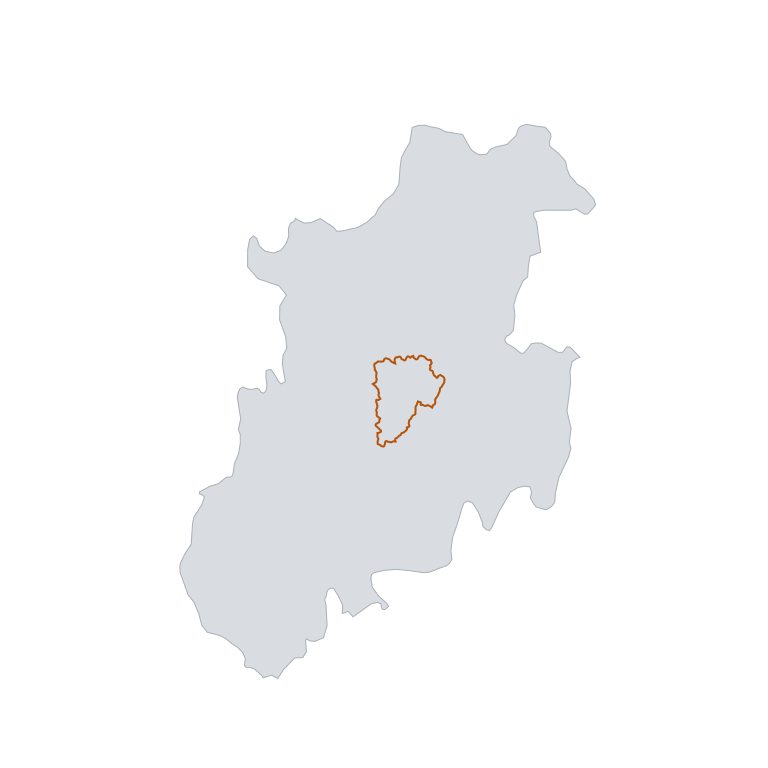 location of Šumadijski within Republic of Serbia, rotated 244°
{"feature_id": "SRB-839", "entity_name": "Šumadijski", "entity_type": "District", "adm_level": 1, "iso_a3": "SRB", "parent_name": "Republic of Serbia", "parent_adm1": "", "projection": "equal_earth", "projection_center": [20.746, 44.097], "detail": "fine", "context": "in_parent", "style": "outline", "palette": "amber", "viewbox_px": 768, "rotation_deg": 244, "n_neighbors": 0, "source": "natural_earth", "source_scale": "10m", "svg_char_len": 9264}
<svg xmlns="http://www.w3.org/2000/svg" viewBox="0 0 768 768"><g transform="rotate(244 384 384)"><path d="M429.5,296.4L446.6,301.4L454.4,306.1L458.6,312.2L469.5,316.3L487.4,318.3L499.8,324.6L506.8,335.3L518.2,332.7L533.8,316.9L549.2,312.8L564.5,320.4L572.9,326.6L574.4,331.4L570.8,333.4L562.3,332.5L555.4,335.5L550.0,342.4L549.3,349.9L553.2,357.7L558.6,363.2L565.6,366.2L569.4,370.3L569.9,375.5L571.8,377.0L567.8,379.4L563.5,383.0L561.1,389.2L560.6,399.3L547.1,407.2L542.0,408.6L539.8,413.8L536.3,428.6L536.9,439.8L538.8,445.4L539.6,450.1L544.1,455.7L548.2,464.5L550.9,476.0L556.9,484.9L572.1,493.7L579.7,498.8L585.3,506.2L589.6,512.9L602.2,521.8L601.3,528.2L598.6,534.4L595.8,537.3L589.7,545.4L583.7,549.9L573.8,564.0L558.0,564.8L554.3,565.9L548.4,569.8L545.5,576.9L548.3,582.6L548.1,588.3L545.4,599.5L549.3,611.5L554.9,617.0L555.8,620.1L554.9,625.8L546.7,637.2L544.2,641.4L535.9,643.5L533.0,642.4L528.7,638.5L524.7,637.3L514.7,642.0L504.6,644.8L496.7,642.7L488.8,642.4L483.3,644.3L479.2,645.0L471.2,650.0L458.3,653.6L452.3,652.8L450.0,648.1L447.6,641.5L448.8,638.5L457.3,633.2L458.2,628.2L470.0,604.2L472.3,596.4L472.4,593.8L469.3,592.1L462.7,592.2L433.7,582.5L434.9,571.3L426.4,565.3L417.2,560.0L415.7,554.0L405.5,541.9L398.0,535.2L388.5,531.8L380.3,526.8L375.4,523.8L373.2,518.2L373.2,514.9L370.7,511.7L366.7,512.0L360.1,516.5L351.8,520.3L350.4,523.1L353.4,529.8L355.5,534.0L354.5,538.0L351.9,543.1L336.0,554.4L334.2,558.4L337.3,564.7L335.3,567.6L322.1,571.8L322.4,568.4L321.6,562.8L314.0,556.9L303.3,552.3L279.5,536.6L270.4,534.5L262.2,532.7L250.5,525.1L244.5,523.8L237.9,518.4L223.4,500.3L211.1,490.5L202.7,485.5L200.4,480.7L199.9,475.7L200.2,474.0L206.7,466.9L211.6,465.9L217.9,465.7L222.0,469.3L227.5,470.0L230.6,465.4L232.2,458.9L231.6,450.5L218.6,431.0L207.4,417.4L206.1,414.4L208.5,411.9L212.5,410.5L216.7,411.7L227.7,412.7L238.3,411.4L242.0,408.1L242.0,403.7L238.1,399.5L225.9,388.4L216.3,378.6L205.0,371.1L196.6,368.1L194.2,364.3L193.2,360.2L194.2,352.7L194.8,343.2L196.8,337.3L204.5,326.0L211.8,314.1L216.4,302.6L218.8,292.0L218.0,289.0L214.2,286.7L206.3,284.4L195.2,286.4L185.8,290.3L182.1,290.6L180.9,285.8L182.4,283.7L185.4,284.0L187.8,284.9L190.4,282.7L192.0,276.3L188.3,254.1L195.3,252.1L195.5,248.8L196.1,246.0L203.3,249.9L213.5,250.0L222.4,249.2L223.8,247.0L223.7,243.8L221.9,241.4L218.8,239.3L216.5,236.3L210.5,234.9L191.7,226.9L182.5,218.4L182.9,209.4L185.7,204.5L188.9,202.8L188.0,201.1L177.4,196.9L173.7,191.1L176.9,183.7L171.5,168.7L165.8,159.4L171.6,155.4L172.4,149.7L172.9,146.4L175.2,146.5L184.4,142.7L187.8,139.6L189.8,135.9L192.0,135.0L198.1,139.0L204.6,139.3L211.8,136.8L217.3,133.4L223.9,130.5L226.8,128.5L230.6,125.5L238.3,116.3L247.0,114.4L258.5,116.8L271.0,117.6L280.3,115.5L304.0,118.1L309.1,120.3L312.4,122.6L318.5,130.4L324.5,140.5L332.8,145.2L342.6,150.8L347.7,154.8L355.1,167.0L361.1,173.0L363.0,172.7L365.0,171.1L366.4,169.9L367.9,171.0L368.0,174.7L368.4,182.9L367.0,191.6L369.1,199.9L369.1,202.4L367.7,204.8L367.8,206.9L369.9,209.2L378.0,214.6L385.4,223.1L394.0,229.0L402.0,232.8L407.0,233.1L415.3,239.9L431.6,244.8L436.8,246.5L440.4,249.3L443.0,252.6L443.1,256.1L440.6,257.8L437.2,262.5L435.7,268.2L433.1,269.7L430.5,269.8L428.6,271.5L429.1,274.0L431.2,276.3L434.6,278.5L441.2,280.6L447.6,283.8L447.5,286.3L446.2,289.0L438.1,290.0L432.0,290.4L429.2,291.6L429.5,296.4Z" fill="#d9dde1" stroke="#a8b0b8" stroke-width="1"/><path d="M362.7,440.6L361.9,440.5L361.4,440.4L361.1,440.2L360.5,439.7L360.2,439.5L359.4,439.1L359.0,438.8L358.8,438.6L358.5,438.0L357.5,436.5L357.1,435.7L356.7,435.3L356.2,434.7L356.0,434.3L356.0,434.0L356.0,433.4L355.9,433.1L355.7,432.7L355.2,432.3L353.9,431.4L353.3,431.0L352.9,430.6L352.2,429.7L351.6,429.0L350.1,427.5L349.9,427.2L349.6,426.5L348.8,425.3L348.5,424.5L348.2,424.0L347.7,423.3L347.2,423.0L346.9,422.8L346.4,422.6L345.8,422.4L345.3,422.2L344.5,421.7L343.9,421.3L343.7,421.0L343.6,420.7L343.5,419.2L343.4,418.7L343.1,418.3L342.7,418.0L342.2,417.6L341.8,417.2L341.6,416.9L343.3,416.1L343.6,415.9L344.6,415.1L345.5,414.4L345.7,414.2L345.9,413.9L345.9,413.6L345.9,413.4L345.9,413.0L345.8,412.7L345.9,412.4L346.1,411.7L346.5,411.1L346.8,410.7L347.4,410.3L348.2,409.7L348.5,409.4L348.6,409.2L348.7,408.4L348.8,408.2L349.2,408.0L349.3,407.9L349.5,408.0L350.6,408.7L350.9,408.9L351.2,409.0L351.4,409.0L351.6,408.9L351.7,408.7L352.0,408.2L352.4,407.7L352.9,407.2L353.4,406.9L351.9,405.1L351.7,404.8L351.0,404.3L350.7,404.1L350.5,403.8L350.3,403.2L350.1,403.0L349.9,402.7L349.3,402.2L349.0,402.0L348.4,401.7L346.4,400.8L345.8,400.4L345.0,399.9L343.9,399.4L343.5,399.2L343.3,399.0L343.1,398.8L343.0,398.4L343.1,397.1L343.0,396.3L342.9,395.9L342.6,395.2L342.3,394.5L341.9,394.0L341.0,393.1L340.9,392.8L340.8,392.6L340.6,391.4L340.5,391.1L340.3,390.8L339.5,390.2L338.8,389.8L337.9,389.0L337.7,388.9L337.0,388.7L335.6,388.6L335.1,388.4L334.9,388.2L334.7,387.9L334.6,387.7L334.7,387.3L334.9,386.3L334.9,385.9L334.9,385.6L334.9,385.4L334.3,385.4L333.9,385.3L333.6,385.2L333.4,385.0L333.2,384.8L332.8,384.1L332.6,383.6L332.4,383.1L332.1,382.0L332.0,381.1L331.7,380.3L331.8,379.9L332.2,378.7L332.2,378.4L332.1,378.2L331.2,377.0L330.8,376.4L330.9,375.6L330.9,375.0L330.8,374.7L330.5,373.9L330.1,373.0L329.9,372.5L329.9,371.9L330.0,370.9L330.0,370.6L329.8,370.2L329.6,370.0L329.0,369.6L328.4,369.4L327.2,369.2L327.3,369.0L327.6,368.4L328.1,367.8L328.3,367.6L328.4,367.3L328.4,367.0L328.4,365.7L328.4,365.2L328.5,364.7L328.8,364.4L329.3,363.9L330.4,362.2L330.8,361.9L331.7,361.1L331.8,360.9L331.9,360.7L331.8,360.4L331.7,360.2L330.7,359.1L329.7,358.5L328.3,357.2L328.2,357.0L328.1,356.6L328.0,356.3L328.0,356.2L328.3,355.7L328.7,355.1L329.2,354.6L329.4,354.4L329.8,354.2L330.5,354.0L330.9,353.8L332.8,352.1L333.8,352.3L334.3,352.5L335.4,353.4L336.5,354.2L337.2,354.9L337.4,354.9L337.6,355.0L338.7,354.9L339.6,355.0L339.9,355.1L341.2,355.9L342.9,356.7L342.4,358.1L342.3,358.5L342.3,359.4L342.3,359.8L342.4,360.1L342.5,360.4L342.6,360.5L343.0,360.8L343.5,360.8L343.8,360.7L344.5,360.4L345.8,360.0L346.6,359.7L348.3,359.1L349.5,358.5L349.9,358.4L350.2,358.3L350.7,358.4L351.1,358.6L351.4,359.0L351.5,359.2L351.6,359.6L351.6,360.8L351.8,361.9L351.8,362.5L351.8,362.8L351.9,363.0L352.1,363.2L352.4,363.4L353.1,363.7L353.3,363.8L353.8,364.3L354.7,365.4L356.2,364.6L357.7,363.9L358.4,363.7L358.7,363.6L359.0,363.7L359.5,363.8L359.9,364.0L360.8,364.7L361.1,364.9L361.4,365.0L362.0,365.2L363.3,365.3L363.8,365.5L364.1,365.7L364.6,366.1L365.0,366.7L365.4,367.1L366.1,367.7L367.6,368.7L369.7,368.9L371.2,369.2L371.6,369.3L372.3,369.6L372.6,369.8L372.9,369.9L373.0,370.1L373.1,370.4L373.0,370.6L372.8,370.9L372.3,371.4L372.1,371.7L372.1,371.9L372.0,372.2L372.2,373.0L372.3,373.4L372.3,374.2L373.6,374.1L375.1,373.9L375.8,374.0L376.3,374.1L376.7,374.4L377.3,374.8L377.8,375.3L378.2,375.6L378.7,375.7L379.1,375.6L379.7,375.7L380.2,375.9L380.8,376.3L381.3,376.4L381.6,376.4L381.9,376.3L382.7,376.0L384.7,375.7L385.6,375.4L386.4,375.2L388.9,374.0L389.0,375.7L389.1,377.2L389.2,377.5L389.3,377.8L389.5,378.0L390.2,378.5L390.9,379.1L391.3,379.4L392.0,379.7L393.3,379.9L393.9,380.1L396.1,381.4L397.2,382.2L398.2,382.2L399.0,382.3L399.3,382.3L400.4,382.0L400.8,381.9L401.1,382.0L401.3,382.1L401.9,382.5L402.3,382.7L404.1,383.0L404.7,383.2L405.2,383.5L405.8,384.1L406.4,384.4L406.3,385.6L406.6,387.4L406.9,388.5L405.4,391.0L405.4,391.3L405.3,391.5L404.9,392.4L404.8,392.7L404.7,393.0L404.8,393.4L404.9,393.7L405.1,393.9L406.4,395.5L406.3,396.9L406.1,397.4L405.8,397.8L404.8,398.5L404.3,399.2L404.1,399.4L403.4,399.8L402.3,400.1L401.3,400.3L400.4,400.8L398.9,401.8L397.5,403.1L400.5,403.8L400.9,404.0L401.2,404.2L402.4,405.5L402.6,405.8L402.7,406.1L402.7,406.4L402.6,406.7L402.6,407.0L402.1,407.8L401.9,408.1L401.9,408.4L402.0,409.1L401.9,409.7L401.7,410.1L401.5,410.3L401.3,410.5L401.2,410.6L400.7,410.7L400.4,410.8L399.0,410.7L398.6,410.8L398.3,411.0L397.4,411.9L396.7,412.3L396.4,412.5L396.2,412.7L396.1,413.0L396.1,413.3L396.1,413.5L396.2,413.8L396.3,414.0L397.1,414.7L397.3,415.0L397.4,415.3L397.7,415.8L398.2,416.5L398.3,416.7L398.4,416.9L398.4,417.2L398.4,417.5L398.2,417.9L398.0,418.1L397.3,418.6L396.3,419.0L396.1,419.2L396.1,419.3L396.1,419.5L396.5,421.0L396.6,421.3L396.5,421.9L396.4,422.6L395.4,422.3L394.8,422.3L394.5,422.3L394.2,422.4L393.6,422.8L392.5,423.3L392.1,423.7L391.9,424.0L391.8,424.5L392.0,425.5L392.3,425.9L392.7,426.4L393.4,427.4L393.5,427.8L393.5,428.1L393.5,428.9L393.5,429.2L393.3,429.6L393.1,429.9L392.5,430.3L391.5,431.6L390.9,432.1L389.9,432.6L389.6,432.7L388.7,432.8L388.2,433.0L387.2,433.5L386.6,434.0L386.2,434.3L386.0,434.7L385.8,435.2L385.5,436.0L385.4,436.2L385.2,436.4L385.0,436.5L384.6,436.5L383.9,436.3L383.5,436.2L382.1,436.2L381.7,435.5L381.3,435.3L381.2,435.1L381.1,434.9L381.1,434.5L381.0,434.2L380.9,434.0L380.6,433.8L380.6,433.5L379.0,433.2L378.4,433.0L378.2,432.8L377.8,432.2L377.5,431.9L377.3,431.8L377.0,431.7L376.8,431.6L376.5,431.7L376.3,431.7L375.9,431.9L375.5,432.3L374.9,433.0L374.7,433.2L374.5,433.3L374.1,433.3L372.6,433.1L371.4,432.8L370.1,432.8L369.4,432.9L368.1,433.6L366.9,433.9L366.7,434.0L366.4,434.2L366.3,434.4L366.2,434.7L366.3,435.0L367.2,435.9L367.3,436.1L367.4,436.4L367.4,437.3L367.5,438.3L367.5,438.5L367.4,438.7L367.3,438.8L367.1,438.9L366.4,439.2L364.9,440.2L364.3,440.5L363.5,440.6L362.7,440.6Z" fill="none" stroke="#b45309" stroke-width="2"/></g></svg>